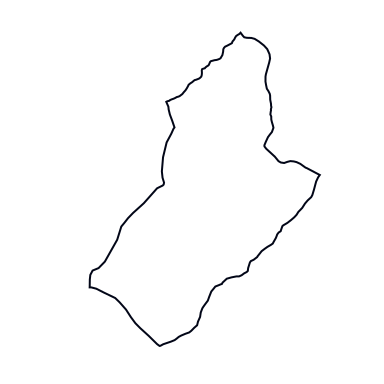 Ngatshang, Mongar, Bhutan, rotated 252°
{"feature_id": "84629894B52428030855326", "entity_name": "Ngatshang", "entity_type": "district", "adm_level": 2, "iso_a3": "BTN", "parent_name": "Bhutan", "parent_adm1": "Mongar", "projection": "albers", "projection_center": [91.33, 27.328], "detail": "fine", "context": "isolated", "style": "outline", "palette": "ink", "viewbox_px": 384, "rotation_deg": 252, "n_neighbors": 0, "source": "geoboundaries", "source_scale": "gbopen_adm2", "svg_char_len": 2929}
<svg xmlns="http://www.w3.org/2000/svg" viewBox="0 0 384 384"><g transform="rotate(252 192 192)"><path d="M285.7,195.4L280.4,195.9L277.7,195.3L272.5,194.9L265.8,195.2L258.8,195.3L257.9,194.0L253.8,190.3L247.0,183.2L234.0,175.2L220.9,169.7L214.7,168.4L209.5,168.3L207.8,167.3L207.2,166.1L206.6,161.8L206.3,159.9L196.2,142.7L190.3,129.5L186.9,123.1L183.4,117.9L181.0,114.1L169.7,106.1L152.7,87.6L148.5,79.6L148.0,73.2L144.6,69.7L140.4,67.8L133.7,65.5L132.9,65.2L132.3,66.9L129.6,71.1L123.6,77.1L114.9,86.2L109.4,89.1L100.6,92.9L91.9,95.2L84.7,97.6L78.5,100.7L68.5,106.4L58.1,111.8L55.6,113.6L55.5,114.5L56.1,117.6L56.2,125.6L56.5,129.7L57.3,132.1L58.3,134.6L58.8,137.3L59.2,141.9L59.3,145.9L60.2,148.4L62.2,152.2L63.7,155.7L66.8,157.6L70.7,161.1L74.7,163.1L78.2,165.9L79.5,167.5L81.4,170.1L83.8,173.5L86.8,175.8L91.4,179.6L93.3,182.6L94.9,185.0L95.1,188.6L95.3,190.7L95.3,192.0L96.4,193.1L98.8,198.3L98.6,203.2L98.0,208.2L97.2,210.7L97.5,213.5L98.6,216.7L98.7,217.6L99.0,219.3L99.7,220.7L102.3,221.9L107.1,225.3L108.1,226.6L108.5,229.7L110.0,233.9L110.6,234.5L112.7,237.7L114.2,239.9L115.5,243.6L116.5,246.8L117.3,250.6L118.0,252.9L119.3,254.2L122.3,257.5L124.1,259.0L125.3,259.9L126.7,261.9L127.3,264.2L128.7,265.2L131.6,267.4L132.1,268.5L133.1,273.0L134.7,277.5L136.2,281.1L136.6,281.9L138.0,284.4L140.2,287.0L142.8,291.9L146.1,295.9L148.3,299.5L149.9,303.0L150.2,303.7L151.9,305.5L156.5,308.7L159.9,310.9L163.6,313.3L167.0,316.5L168.7,318.8L172.7,314.9L179.2,308.6L180.1,307.5L185.3,303.7L188.1,300.7L189.6,298.3L191.0,295.1L191.2,291.9L191.1,288.6L192.6,285.6L194.6,283.8L200.0,281.7L210.1,276.0L212.9,275.0L214.1,275.3L216.7,277.5L220.7,281.2L222.7,284.0L224.3,286.5L227.9,289.3L230.1,289.5L233.8,289.6L236.4,289.8L239.4,290.7L241.5,290.5L243.9,291.6L245.3,292.4L246.3,292.6L248.2,293.8L249.3,293.8L251.5,294.4L255.6,294.9L259.6,296.1L261.4,296.3L264.6,295.8L267.1,295.1L270.8,295.5L274.3,296.0L279.1,297.6L281.2,298.7L286.6,302.3L291.1,305.3L294.8,307.5L299.0,308.3L301.0,308.1L304.7,307.7L309.1,305.7L314.5,302.1L318.3,298.9L320.2,296.0L321.7,291.8L323.0,289.5L324.7,288.7L328.5,287.4L327.7,286.0L327.2,283.7L326.6,282.0L325.4,280.6L324.3,279.6L323.5,278.5L322.7,277.1L321.2,275.9L321.0,274.8L320.5,272.0L320.2,270.1L320.0,268.4L319.2,267.0L318.1,265.9L315.9,265.0L314.5,264.2L312.8,263.2L311.5,261.7L310.4,260.5L310.1,259.3L310.0,258.0L310.0,256.3L310.4,254.1L310.5,251.9L310.6,250.5L310.2,249.5L308.4,247.9L307.6,247.2L307.2,246.3L306.9,244.9L306.3,243.3L305.7,242.4L305.8,241.0L305.7,239.6L304.7,238.9L302.1,238.2L300.2,237.4L298.9,236.5L298.2,235.2L297.7,233.8L297.6,232.4L297.5,230.6L297.6,229.0L297.0,227.5L296.4,226.1L295.8,223.8L295.3,222.7L295.1,222.0L294.0,221.0L292.3,219.2L290.7,217.2L289.5,215.1L288.1,213.0L287.7,211.8L287.0,209.8L286.9,208.4L287.0,206.8L286.6,205.0L286.4,203.2L286.4,201.9L286.3,200.4L286.2,199.5L285.8,198.7L285.9,196.4L285.7,195.4Z" fill="none" stroke="#020617" stroke-width="2"/></g></svg>